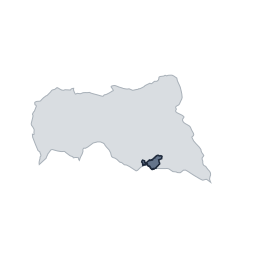 Bangassou, Mbomou, Central African Republic shown in context, rotated 20°
{"feature_id": "33826404B81358030227477", "entity_name": "Bangassou", "entity_type": "district", "adm_level": 2, "iso_a3": "CAF", "parent_name": "Central African Republic", "parent_adm1": "Mbomou", "projection": "albers", "projection_center": [23.188, 5.123], "detail": "fine", "context": "in_parent", "style": "filled", "palette": "slate", "viewbox_px": 256, "rotation_deg": 20, "n_neighbors": 0, "source": "geoboundaries", "source_scale": "gbopen_adm2", "svg_char_len": 6227}
<svg xmlns="http://www.w3.org/2000/svg" viewBox="0 0 256 256"><g transform="rotate(20 128 128)"><path d="M174.4,97.5L176.5,98.1L176.9,98.8L176.3,101.0L176.7,102.3L178.0,103.5L179.2,104.0L180.4,104.3L184.6,105.0L186.3,105.8L188.6,108.3L191.4,110.7L192.1,111.9L192.0,113.0L191.2,114.4L191.3,115.0L192.6,116.3L194.1,117.7L196.9,119.3L201.7,121.7L203.9,123.3L204.6,124.6L205.8,125.9L207.6,127.1L208.7,128.1L207.9,130.8L208.2,131.6L208.6,132.4L209.6,133.5L210.0,134.8L211.0,136.5L212.2,137.3L214.2,137.5L215.2,138.3L217.4,139.7L219.5,140.8L220.4,141.6L221.0,142.3L221.4,143.2L221.7,144.0L221.7,145.8L222.1,148.1L223.2,149.6L224.3,150.8L220.0,149.5L219.4,149.4L218.6,149.7L216.4,151.3L215.7,151.5L212.9,151.2L206.0,149.9L200.8,148.7L199.2,148.3L196.4,147.9L194.5,148.7L192.8,151.6L192.3,152.2L189.6,153.0L188.3,152.8L185.1,153.6L180.2,152.4L178.5,152.7L177.1,153.3L173.6,154.6L171.5,155.3L169.0,156.0L166.6,157.0L165.1,157.6L163.5,157.6L162.1,157.0L160.6,156.5L158.8,156.4L156.8,156.7L155.2,157.9L154.6,158.7L153.2,160.9L151.5,164.4L150.8,165.1L150.3,165.5L142.6,163.7L139.3,163.3L137.1,163.8L134.3,162.8L133.1,162.6L132.5,163.0L131.0,162.5L128.4,161.3L126.0,160.8L123.9,160.9L122.5,160.5L121.5,159.3L120.1,157.2L117.6,155.0L114.3,153.3L112.2,152.0L111.4,151.1L109.6,150.6L106.9,150.5L104.2,151.4L100.4,154.0L96.8,159.5L94.9,161.6L93.3,162.1L92.9,163.4L93.7,165.5L93.8,168.0L93.3,172.1L93.4,175.1L92.6,174.6L91.8,173.2L91.4,172.9L89.1,173.5L87.9,174.1L87.2,174.6L86.7,174.7L86.0,173.9L85.4,173.8L84.5,173.9L83.6,173.9L83.0,173.8L82.6,173.8L81.5,173.4L77.5,172.2L76.8,171.8L76.0,171.8L73.9,172.8L72.8,173.1L69.5,173.7L65.9,174.0L64.6,174.0L63.7,174.4L63.0,175.0L61.9,178.8L61.6,179.4L61.6,180.4L61.3,183.4L61.4,184.4L57.1,192.7L56.4,191.3L56.0,189.7L55.8,187.8L55.9,187.3L55.7,186.8L55.3,185.2L55.7,184.2L55.4,183.2L54.6,182.2L53.8,181.4L53.4,180.7L53.1,180.4L52.2,180.3L51.1,179.9L46.5,174.9L41.6,169.3L40.7,167.5L40.3,166.5L41.5,166.4L41.8,166.2L41.8,165.7L41.1,164.3L40.7,162.5L40.2,161.4L38.3,159.7L36.4,158.4L35.9,157.7L35.5,156.7L34.9,150.8L34.6,149.1L34.1,148.3L33.7,148.0L33.5,147.6L33.6,146.5L33.8,145.5L33.8,145.2L34.3,144.3L34.4,138.8L33.8,138.1L32.7,138.0L32.2,137.2L31.7,136.2L31.8,135.5L32.9,134.4L33.6,134.0L35.7,133.1L36.3,132.7L36.7,132.1L36.9,131.4L38.2,128.6L40.0,125.8L40.8,125.2L42.7,121.1L43.1,120.0L43.4,118.9L44.0,118.1L46.0,116.7L47.5,114.3L49.1,114.4L50.8,114.8L52.9,115.0L54.6,114.6L55.7,113.6L60.9,112.0L61.3,110.7L62.1,110.0L63.0,109.4L63.4,109.3L63.4,109.8L64.0,111.2L65.1,112.5L66.8,114.1L67.3,114.0L68.4,112.8L71.1,112.2L71.8,111.9L73.7,110.2L76.0,109.2L77.4,108.8L79.7,107.7L81.4,107.9L84.0,107.7L88.4,107.3L91.6,107.1L93.2,106.9L93.7,106.7L94.3,105.1L94.8,104.7L96.0,104.0L98.3,101.6L99.9,99.6L100.4,98.8L100.7,98.7L101.4,97.9L100.7,97.0L98.1,95.2L98.1,94.9L98.0,94.6L98.1,94.4L99.1,93.6L100.5,92.8L101.9,92.5L105.7,92.6L108.9,92.4L109.7,92.5L112.2,92.1L113.9,91.7L115.6,90.8L119.6,91.0L123.0,88.8L123.9,88.4L124.3,88.0L124.4,87.7L126.0,86.8L127.7,85.0L129.1,83.4L129.5,82.3L133.3,78.4L134.6,78.5L135.2,78.0L136.7,75.4L137.2,74.9L138.7,74.5L139.5,73.7L140.1,72.6L140.1,71.2L139.8,70.0L139.8,69.5L140.2,69.0L140.8,68.5L143.6,67.1L144.4,66.4L144.8,65.8L145.6,65.7L146.5,65.8L147.0,65.4L147.6,64.8L149.6,63.9L151.4,63.3L153.3,63.5L156.8,64.4L157.9,66.2L158.4,66.9L162.7,71.3L163.5,72.3L165.6,75.5L166.9,77.6L168.4,80.7L168.6,82.4L168.4,83.8L168.1,87.9L167.7,89.0L165.8,91.2L165.7,92.2L166.1,93.0L166.7,93.4L167.0,93.8L166.8,95.7L167.5,96.4L168.9,96.9L172.5,97.3L174.4,97.5Z" fill="#d9dde1" stroke="#a8b0b8" stroke-width="1"/><path d="M164.4,144.3L164.3,144.5L164.1,144.6L164.1,144.8L164.1,145.0L163.9,145.2L163.8,145.3L163.8,145.5L163.7,145.6L163.5,145.8L163.4,146.1L163.2,146.3L163.2,146.6L163.2,146.9L163.3,147.0L163.2,147.1L162.6,147.4L162.5,147.6L162.1,148.3L162.0,149.0L162.0,149.5L161.9,149.5L161.7,149.7L161.6,149.4L161.4,149.6L161.3,149.8L161.0,149.7L160.7,149.8L160.6,150.0L160.7,150.3L160.3,150.6L160.2,150.8L159.8,150.8L159.6,151.1L159.4,151.1L159.4,150.7L159.1,150.7L159.1,151.0L158.9,151.0L158.8,151.5L158.7,151.6L158.5,151.9L158.4,152.2L158.1,152.4L158.0,152.6L157.8,152.9L157.8,153.1L157.7,153.4L157.4,153.8L157.5,154.0L157.4,154.3L157.1,154.4L156.9,154.4L156.8,154.6L156.8,154.9L156.9,155.1L156.7,155.2L156.5,154.9L156.2,154.8L155.8,154.7L155.5,154.7L155.3,154.3L155.3,154.0L155.0,153.7L154.8,153.2L152.7,153.2L152.4,154.2L152.5,155.3L153.1,155.6L153.6,155.8L153.7,156.2L154.3,156.7L154.2,156.9L154.2,157.2L154.5,157.5L154.5,157.8L154.9,158.2L155.1,157.9L155.3,157.5L155.5,157.2L155.6,156.8L155.7,156.7L155.8,156.7L156.0,156.6L156.3,156.8L156.4,157.0L156.5,157.1L156.8,156.9L156.9,156.7L157.0,156.5L157.0,156.4L157.3,156.3L157.3,156.2L157.2,156.1L157.1,155.9L157.1,155.7L157.3,155.5L157.3,155.4L157.5,155.3L157.8,155.4L158.0,155.3L158.1,155.2L158.3,155.0L158.5,155.0L158.7,155.4L158.7,155.6L158.8,155.7L158.9,155.8L158.9,156.0L159.0,156.1L159.1,156.3L159.3,156.3L159.5,156.4L159.6,156.5L159.8,156.5L160.0,156.7L160.0,156.8L160.3,156.8L160.5,156.9L160.7,156.7L160.8,156.7L161.0,156.6L161.3,156.4L161.4,156.5L161.5,156.5L161.8,156.7L161.8,156.8L161.9,157.0L162.0,157.1L162.2,157.3L162.3,157.4L162.3,157.5L162.5,157.5L162.6,157.4L162.7,157.5L162.8,157.5L162.9,157.8L162.9,158.0L163.0,158.1L163.3,158.1L163.5,158.3L163.8,158.4L164.0,158.4L164.3,158.4L164.4,158.5L164.5,158.7L164.8,158.6L165.0,158.7L165.3,158.5L165.2,158.5L165.2,158.4L165.2,158.2L165.2,157.9L165.3,157.8L165.3,157.7L165.5,157.6L165.6,157.4L165.8,157.4L166.0,157.4L166.3,157.4L166.5,157.3L166.5,157.2L166.8,157.1L166.9,156.9L167.0,156.8L167.2,156.7L167.3,156.5L167.4,156.4L167.5,156.4L167.6,156.2L167.8,156.2L168.0,156.2L167.9,155.7L168.0,155.6L168.1,155.4L168.1,155.2L168.2,154.8L168.2,154.7L168.4,154.6L168.5,154.2L168.8,153.8L168.8,153.5L169.1,153.1L169.3,152.8L169.3,152.3L169.4,151.9L170.0,151.3L170.0,150.9L169.9,150.7L169.7,150.1L169.1,149.6L168.5,148.8L168.3,148.1L167.9,147.8L167.7,147.5L170.1,145.3L169.9,145.0L169.9,144.6L169.8,144.2L169.8,143.3L169.5,142.9L169.0,142.8L168.5,142.8L168.3,142.8L168.1,143.1L167.8,143.3L167.3,143.3L167.1,143.5L166.3,143.5L165.8,143.3L165.5,143.3L165.3,143.5L165.1,143.7L164.9,143.8L164.6,144.0L164.5,144.3L164.4,144.3Z" fill="#64748b" stroke="#1e293b" stroke-width="1.5"/></g></svg>